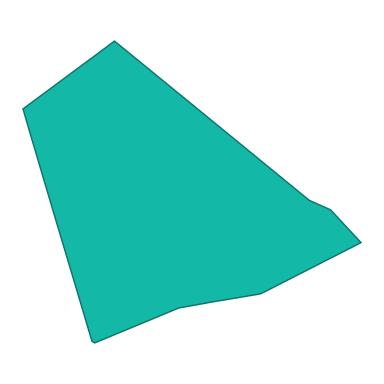 outline of Lebanon, Pennsylvania, United States of America
{"feature_id": "52423323B26378856844505", "entity_name": "Lebanon", "entity_type": "district", "adm_level": 2, "iso_a3": "USA", "parent_name": "United States of America", "parent_adm1": "Pennsylvania", "projection": "mercator", "projection_center": [-76.461, 40.376], "detail": "fine", "context": "isolated", "style": "filled", "palette": "teal", "viewbox_px": 384, "rotation_deg": 0, "n_neighbors": 0, "source": "geoboundaries", "source_scale": "gbopen_adm2", "svg_char_len": 303}
<svg xmlns="http://www.w3.org/2000/svg" viewBox="0 0 384 384"><path d="M114.5,41.1L23.0,108.9L29.6,131.6L56.7,223.0L78.1,294.5L92.0,341.4L94.7,342.9L178.7,308.0L210.2,302.3L260.7,293.8L361.0,242.6L330.6,209.9L309.2,200.3L175.6,91.0L114.5,41.1Z" fill="#14b8a6" stroke="#0f766e" stroke-width="1.5"/></svg>